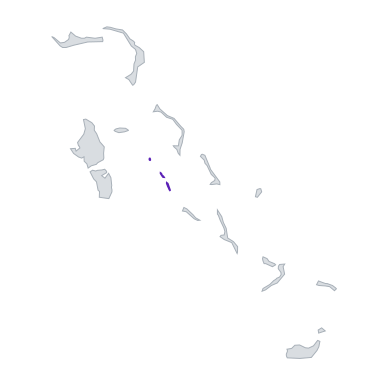 Black Point on a map of The Bahamas (Mercator projection), rotated 4°
{"feature_id": "BHS-5023", "entity_name": "Black Point", "entity_type": "District", "adm_level": 1, "iso_a3": "BHS", "parent_name": "The Bahamas", "parent_adm1": "", "projection": "mercator", "projection_center": [-76.539, 24.263], "detail": "fine", "context": "in_parent", "style": "filled", "palette": "violet", "viewbox_px": 384, "rotation_deg": 4, "n_neighbors": 0, "source": "natural_earth", "source_scale": "10m", "svg_char_len": 3769}
<svg xmlns="http://www.w3.org/2000/svg" viewBox="0 0 384 384"><g transform="rotate(4 192 192)"><path d="M101.3,153.1L101.1,159.5L101.7,164.3L101.2,166.0L96.0,169.3L94.6,171.1L89.7,172.9L86.7,175.4L85.2,171.3L82.3,168.8L81.8,164.4L79.6,165.9L76.4,165.0L71.2,161.8L67.8,157.3L72.5,156.6L73.5,159.3L77.1,155.9L76.3,154.1L75.6,153.9L74.4,150.6L80.0,141.9L81.2,136.3L78.7,127.3L81.0,126.7L87.3,129.9L90.1,133.0L90.2,137.2L92.8,140.5L96.6,148.4L101.3,153.1ZM105.4,177.4L105.5,178.6L100.7,182.0L104.2,184.3L107.5,179.2L110.1,183.4L111.5,191.3L111.3,192.6L111.5,193.8L112.0,195.3L112.1,197.5L109.5,204.4L99.9,203.7L99.7,197.9L98.2,196.8L96.0,188.5L93.0,185.8L88.9,179.0L91.3,177.2L94.5,177.8L96.1,177.0L100.6,176.3L103.3,175.4L105.4,177.4ZM329.3,337.6L327.7,341.4L322.6,348.7L311.2,350.5L298.6,350.8L297.6,348.9L297.4,347.1L298.3,344.4L298.2,343.3L297.7,342.2L302.3,341.1L305.3,337.7L310.0,337.1L316.0,339.5L319.2,339.6L323.9,337.0L327.7,331.3L330.0,332.1L329.3,337.6ZM126.3,89.1L125.3,89.6L121.1,84.2L117.7,82.6L123.0,78.8L125.3,75.5L125.2,68.4L126.5,64.4L126.1,61.1L127.2,57.6L125.7,53.7L121.3,50.6L112.5,38.3L98.7,35.3L91.6,35.2L95.5,33.2L99.1,33.4L104.7,34.6L111.4,35.2L115.5,38.8L119.4,43.6L122.9,45.5L124.4,46.8L124.2,48.2L124.8,49.5L129.4,51.7L134.0,55.4L135.4,66.0L129.1,71.0L128.0,86.3L126.3,89.1ZM65.0,44.6L70.9,46.3L74.0,46.1L75.9,44.9L84.6,45.4L91.6,43.8L92.6,46.7L92.4,48.2L77.6,49.6L63.9,53.8L56.4,56.6L52.9,56.9L50.2,55.4L41.2,46.7L43.6,47.6L50.3,52.5L54.4,51.6L58.3,48.4L58.8,45.9L58.3,44.8L60.0,40.9L65.0,44.6ZM154.2,111.4L162.1,117.5L168.9,119.8L176.3,127.3L179.4,130.0L180.0,132.4L178.8,143.6L177.1,150.3L177.4,156.2L175.6,154.4L173.9,150.6L171.0,148.4L170.1,147.2L175.2,146.9L175.7,140.9L178.2,136.1L177.8,131.1L171.8,125.6L167.7,120.8L161.4,119.2L155.5,114.4L152.1,113.8L147.8,114.7L149.3,111.8L150.4,108.0L151.2,107.3L154.2,111.4ZM241.6,248.9L241.3,250.2L235.2,239.7L227.5,237.2L223.1,234.6L224.0,233.2L227.1,232.6L227.6,229.2L226.3,225.6L222.2,218.4L219.9,213.4L218.9,212.3L218.6,208.1L223.4,214.5L225.4,220.2L228.6,225.8L230.8,235.4L236.9,238.7L241.3,243.3L241.6,248.9ZM272.2,284.5L268.8,286.1L269.6,283.3L276.1,278.8L279.7,274.7L281.7,273.3L282.5,272.2L285.3,270.7L286.7,268.1L286.3,266.0L283.4,262.5L283.4,260.0L284.4,258.2L289.5,257.4L288.1,260.1L290.1,267.5L283.4,276.8L277.7,279.7L272.2,284.5ZM219.0,180.0L219.3,182.7L216.1,182.2L211.3,183.2L209.6,183.2L210.6,181.4L213.9,178.9L214.1,176.5L210.0,173.1L205.2,164.6L203.0,162.5L201.9,159.3L197.9,155.9L198.8,154.0L199.6,153.6L202.3,154.5L208.4,166.8L208.8,168.0L219.0,180.0ZM328.6,273.2L331.6,274.0L333.2,273.9L338.7,275.5L342.0,277.7L342.8,278.5L341.0,280.5L335.9,276.8L331.5,276.4L325.2,276.4L322.7,275.8L324.4,271.9L328.6,273.2ZM279.4,257.8L280.5,258.8L277.5,260.9L270.5,258.3L268.9,258.4L267.6,255.7L267.0,253.6L267.4,251.7L271.5,253.2L273.7,255.9L279.4,257.8ZM120.4,136.7L114.9,137.9L111.0,136.8L110.0,135.9L111.7,134.4L115.4,133.2L121.3,133.1L123.9,134.5L124.2,135.1L120.4,136.7ZM201.8,219.6L199.7,220.0L196.1,218.6L187.7,212.1L183.8,211.6L185.0,208.0L188.0,209.2L194.8,214.8L197.4,217.5L201.8,219.6ZM261.5,187.0L257.6,192.7L255.6,192.3L256.7,185.0L259.4,183.9L260.4,184.0L261.5,187.0ZM334.6,321.3L328.2,323.9L327.5,320.9L330.8,318.5L334.6,321.3Z" fill="#d9dde1" stroke="#a8b0b8" stroke-width="1"/><path d="M169.8,192.0L169.1,191.2L168.2,189.4L167.4,188.1L166.8,186.6L166.3,185.7L166.1,185.2L166.1,184.4L167.3,185.2L170.1,191.7L169.8,192.0ZM163.2,179.3L162.3,179.3L161.7,179.0L159.7,176.4L159.2,175.6L159.2,175.0L159.9,175.4L160.4,176.0L160.7,176.8L161.2,177.5L161.8,177.9L162.3,178.2L162.7,178.6L163.2,179.3ZM148.1,162.0L148.2,162.4L148.2,163.1L147.9,163.3L147.4,163.1L147.1,162.4L147.2,161.5L147.6,161.3L148.0,161.8L148.1,162.0Z" fill="#8b5cf6" stroke="#5b21b6" stroke-width="1.5"/></g></svg>